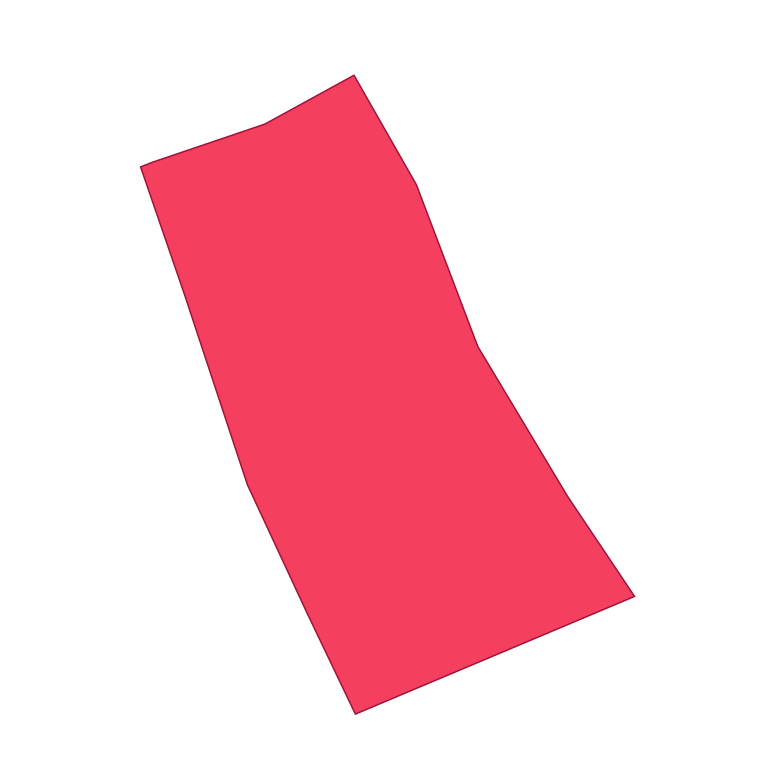 outline of Bragadiru, Romania, rotated 250°
{"feature_id": "2599482B35029885284970", "entity_name": "Bragadiru", "entity_type": "district", "adm_level": 2, "iso_a3": "ROU", "parent_name": "Romania", "parent_adm1": "", "projection": "equal_earth", "projection_center": [25.519, 43.655], "detail": "fine", "context": "isolated", "style": "filled", "palette": "rose", "viewbox_px": 768, "rotation_deg": 250, "n_neighbors": 0, "source": "geoboundaries", "source_scale": "gbopen_adm2", "svg_char_len": 360}
<svg xmlns="http://www.w3.org/2000/svg" viewBox="0 0 768 768"><g transform="rotate(250 384 384)"><path d="M684.4,461.4L669.0,360.9L671.6,242.7L671.3,229.5L534.8,227.1L495.5,225.9L335.9,221.2L195.7,233.3L83.6,244.2L87.0,311.8L98.7,546.8L215.5,518.1L386.9,485.0L408.5,484.7L560.2,482.6L684.4,461.4Z" fill="#f43f5e" stroke="#9f1239" stroke-width="1.5"/></g></svg>